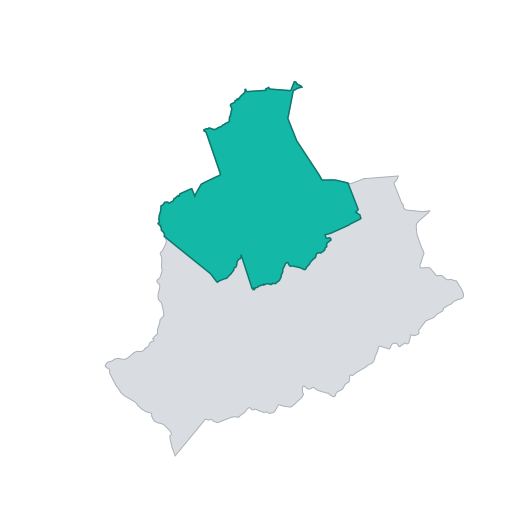 where Santa Cruz sits in Bolivia, rotated 249°
{"feature_id": "BOL-1940", "entity_name": "Santa Cruz", "entity_type": "Department", "adm_level": 1, "iso_a3": "BOL", "parent_name": "Bolivia", "parent_adm1": "", "projection": "mercator", "projection_center": [-61.708, -16.97], "detail": "fine", "context": "in_parent", "style": "filled", "palette": "teal", "viewbox_px": 512, "rotation_deg": 249, "n_neighbors": 0, "source": "natural_earth", "source_scale": "10m", "svg_char_len": 9704}
<svg xmlns="http://www.w3.org/2000/svg" viewBox="0 0 512 512"><g transform="rotate(249 256 256)"><path d="M100.6,289.0L99.9,282.7L98.8,281.2L97.2,280.1L96.6,278.9L97.2,277.5L100.4,274.9L102.1,274.5L102.5,273.1L108.3,265.7L110.1,264.2L112.1,263.1L113.0,262.3L112.5,259.6L112.7,257.7L113.4,256.6L117.3,254.4L117.7,254.0L117.5,253.3L115.8,251.9L112.3,250.7L110.0,250.8L107.9,248.8L103.3,237.6L102.5,235.0L102.6,234.0L105.6,228.4L109.0,224.0L108.6,223.0L104.9,218.7L103.7,216.6L104.1,212.1L106.3,210.7L107.4,206.7L108.3,206.0L110.4,203.3L113.2,200.8L113.4,197.7L114.3,196.9L116.7,195.9L116.9,195.2L116.4,193.1L115.2,191.0L114.2,189.9L112.9,184.7L111.6,182.0L113.1,179.6L114.0,177.0L114.3,173.9L114.1,160.4L117.0,157.1L118.5,156.4L119.8,155.3L119.7,153.1L121.8,150.3L98.4,108.9L107.6,109.0L117.5,110.5L119.2,111.4L119.6,112.8L120.7,113.4L123.4,113.1L131.6,109.5L132.7,108.4L135.6,104.4L137.8,102.3L139.9,101.5L144.0,101.2L145.3,101.8L147.0,101.7L148.4,99.5L150.6,97.0L155.0,93.9L157.2,93.1L158.5,92.0L160.9,91.8L163.0,90.7L172.9,82.9L177.0,80.9L181.6,80.0L185.1,78.9L194.0,77.9L199.7,77.4L201.5,78.5L203.6,78.2L205.3,76.4L206.8,75.9L207.8,75.9L209.4,78.0L210.1,80.2L209.6,81.8L209.7,84.3L210.4,87.5L210.0,90.3L206.8,95.5L206.5,97.0L206.7,99.1L207.7,102.6L209.5,107.3L209.7,110.8L208.5,113.1L207.9,115.1L208.0,116.7L208.5,117.9L209.2,118.6L209.7,119.9L209.8,121.9L210.8,123.8L212.8,125.7L213.6,127.4L213.2,129.1L213.3,130.2L213.9,130.6L215.2,129.8L215.8,129.9L217.2,132.3L218.2,134.7L218.4,136.2L222.7,137.7L228.4,142.3L230.9,143.6L233.4,148.6L237.7,149.8L246.0,151.0L249.9,149.4L252.5,149.7L255.2,150.8L261.5,155.1L264.0,155.8L265.8,154.7L267.5,154.3L268.8,154.8L270.1,158.4L274.9,162.4L276.7,163.6L278.7,163.5L287.5,167.2L289.8,167.5L292.1,167.3L293.6,168.0L294.2,170.2L298.2,174.6L300.0,176.3L302.2,177.8L307.8,177.8L309.5,178.2L320.9,176.8L325.1,178.8L335.8,184.9L338.0,188.9L338.4,191.1L337.8,193.3L336.9,194.1L336.6,195.6L337.0,197.7L338.7,199.6L340.2,206.0L341.2,207.3L341.9,220.0L333.8,220.3L335.2,221.5L342.7,230.6L344.4,252.1L387.3,253.7L388.4,253.7L391.5,252.5L392.3,252.5L392.2,258.1L389.1,262.5L388.9,263.9L389.3,269.6L390.4,274.3L391.0,278.5L392.3,279.8L396.0,282.0L401.6,286.1L403.9,286.6L405.8,286.1L406.9,287.8L407.1,290.5L412.2,302.8L413.1,304.5L414.6,305.4L414.3,306.0L413.1,306.3L412.5,307.2L407.0,324.7L408.4,324.8L408.8,328.3L407.1,328.6L406.6,329.3L397.9,347.7L405.0,354.3L404.3,355.4L400.8,356.4L398.9,359.0L397.2,359.4L397.7,354.8L397.2,350.8L396.7,349.8L372.8,335.0L348.8,335.3L309.5,343.9L303.1,345.0L298.9,356.4L289.5,370.5L289.5,384.6L279.7,417.5L277.2,415.4L275.4,412.3L274.9,410.9L274.6,410.8L252.9,411.0L251.8,411.7L250.2,411.7L249.1,411.0L248.0,411.1L246.4,411.7L245.0,412.9L237.4,428.0L236.3,433.4L235.9,434.3L234.6,432.4L230.7,421.4L228.5,417.4L226.1,416.1L218.4,414.0L204.6,413.6L200.3,414.0L198.0,413.7L195.7,411.5L190.5,407.5L189.5,406.2L187.5,405.4L186.3,405.3L185.6,406.1L183.6,412.4L182.5,414.1L175.3,416.7L173.4,417.0L172.4,418.5L172.0,420.6L171.1,422.5L166.1,425.3L165.0,426.5L164.4,429.3L160.8,434.2L150.7,436.1L147.4,436.1L145.1,435.8L142.9,434.2L142.6,431.5L143.0,428.7L142.8,424.8L141.0,420.3L141.2,418.9L140.9,416.7L140.0,412.5L137.7,410.4L136.8,403.9L134.8,400.1L134.6,391.2L128.3,381.3L125.7,380.6L125.1,380.0L124.8,378.6L125.0,374.9L127.0,372.4L120.2,367.6L119.8,366.4L119.8,365.4L121.7,363.5L120.5,361.1L120.6,359.0L119.8,358.1L119.9,357.4L120.7,356.8L124.0,356.1L125.0,353.9L125.1,352.1L124.6,350.8L121.5,347.6L121.4,347.1L127.6,339.1L127.4,338.4L126.8,337.7L123.5,335.3L119.8,331.6L117.3,329.7L115.3,327.8L114.4,326.2L114.1,321.9L112.8,317.6L111.1,307.3L109.7,303.4L111.2,301.4L111.1,300.9L105.3,297.9L104.2,293.2L100.6,289.0Z" fill="#d9dde1" stroke="#a8b0b8" stroke-width="1"/><path d="M405.0,354.3L404.5,355.1L404.1,355.5L403.5,355.8L402.9,355.6L402.4,355.6L402.2,355.7L402.2,355.9L402.0,356.2L401.7,356.3L401.4,356.4L400.8,356.6L400.0,357.8L399.1,358.2L398.7,358.8L398.3,359.0L397.2,359.4L397.2,358.7L397.6,357.2L397.6,356.7L397.6,355.5L397.7,354.9L397.6,354.0L397.1,352.4L397.1,351.5L397.2,350.6L397.1,350.2L396.8,349.9L374.9,336.2L373.4,335.1L372.9,335.0L348.9,335.3L309.5,343.9L303.6,344.8L303.2,345.0L303.0,345.3L299.5,354.9L298.2,357.7L296.4,360.4L291.2,368.0L263.1,368.1L262.8,368.0L262.6,367.9L262.4,367.6L261.6,365.6L261.2,365.1L260.9,364.8L260.7,364.9L260.5,365.1L260.0,365.8L259.7,366.1L259.3,366.2L258.5,366.4L258.3,366.6L258.1,366.8L257.7,367.4L257.5,367.6L257.4,367.7L257.2,367.7L256.9,367.7L255.7,367.5L254.1,367.5L253.5,367.4L253.1,366.2L252.0,354.9L251.7,354.1L251.6,353.8L250.5,334.6L250.5,332.9L251.1,328.3L250.9,327.9L249.3,328.0L248.7,328.0L248.0,327.8L247.7,327.8L247.4,328.0L247.1,328.6L246.8,330.6L246.7,331.0L246.5,331.3L246.3,331.6L245.9,331.8L245.5,331.9L245.1,331.9L244.6,331.9L244.2,331.7L243.9,331.5L243.8,331.2L243.8,330.9L242.7,327.1L242.5,326.9L242.0,326.7L241.7,326.4L241.5,326.1L241.2,325.8L240.8,325.7L240.1,325.7L239.7,325.6L239.4,325.4L239.2,325.1L239.0,324.0L238.6,323.4L238.1,323.0L237.5,322.7L237.0,322.3L236.8,321.9L236.6,321.2L236.5,320.8L236.1,320.1L236.0,319.8L236.1,318.5L236.0,318.2L235.8,317.9L235.5,317.6L235.9,316.8L236.6,316.0L236.7,315.8L236.7,315.6L236.5,315.2L236.5,314.7L236.5,313.6L236.5,313.2L236.2,313.0L235.6,312.7L235.3,312.5L234.9,312.0L234.5,311.7L234.2,311.6L233.7,311.4L233.4,311.1L233.2,310.8L233.1,310.5L233.2,309.9L233.1,309.7L232.8,309.4L232.7,309.3L232.8,308.8L232.8,308.5L232.7,308.3L232.3,307.9L231.9,307.2L231.6,306.1L231.2,305.4L230.6,304.7L230.3,304.0L230.1,303.7L229.9,303.5L229.5,303.3L229.3,303.1L229.0,302.6L228.5,301.3L227.6,299.6L227.2,299.1L226.1,297.8L225.9,297.6L225.8,297.0L225.9,296.3L226.3,295.8L226.9,295.3L229.1,293.2L229.6,292.5L233.8,286.3L233.9,285.8L233.9,285.1L233.9,284.9L234.0,284.5L234.2,284.4L235.2,283.7L235.5,283.6L236.2,283.6L236.5,283.6L237.1,283.5L237.3,283.4L237.6,283.5L238.5,283.4L238.7,282.9L238.8,282.4L238.7,281.9L238.5,281.5L238.3,280.8L238.1,280.6L238.0,280.4L236.8,279.4L234.5,276.8L233.7,276.1L233.4,276.0L232.7,275.8L231.2,274.9L230.8,274.6L229.2,272.8L228.9,272.6L228.6,272.5L228.1,272.3L227.4,271.9L225.0,269.3L224.6,268.6L224.0,266.4L224.0,265.9L223.9,265.7L223.8,265.4L223.4,264.9L223.2,264.7L223.3,264.3L223.6,263.8L223.7,263.2L224.6,261.6L224.7,261.4L224.6,261.2L224.2,261.0L224.0,260.8L223.9,260.4L224.0,259.9L224.1,259.5L224.4,259.1L224.6,258.8L225.2,258.4L225.5,258.1L225.6,257.3L226.5,255.3L226.5,255.0L226.5,254.7L226.2,254.4L226.2,254.1L226.2,253.9L226.7,253.1L226.1,253.1L226.1,252.7L226.7,252.0L226.7,251.4L226.7,251.0L226.7,250.5L226.9,249.9L226.7,249.4L226.7,248.9L226.9,248.4L227.1,248.0L226.9,247.6L226.4,246.9L226.3,246.3L226.3,245.4L226.4,245.2L226.5,245.0L226.5,244.8L226.5,244.5L226.4,243.9L226.1,243.4L225.7,243.0L225.3,242.6L225.6,242.4L226.0,242.4L226.3,242.5L226.7,242.6L226.7,242.2L226.6,241.9L226.0,241.3L226.7,241.3L227.0,241.3L227.2,240.7L261.6,242.5L262.2,242.5L262.2,242.4L261.7,242.2L260.8,241.9L260.5,241.8L260.2,241.6L259.5,240.9L259.3,240.5L259.1,240.0L259.1,239.6L259.1,238.9L259.0,238.6L258.9,238.4L258.3,237.6L258.0,237.0L257.7,236.6L257.5,236.4L256.5,235.9L256.2,235.7L255.4,235.0L255.1,234.9L254.8,234.9L254.5,234.8L254.2,234.6L253.0,233.3L252.8,233.0L252.7,231.7L252.5,231.3L252.2,230.9L251.9,230.7L251.2,230.4L250.9,230.2L250.7,230.0L248.0,225.7L247.0,223.0L246.1,221.7L246.0,221.2L245.7,219.9L245.8,219.3L246.0,218.9L246.1,218.4L246.1,217.6L246.0,216.2L245.9,213.1L245.3,210.5L246.6,209.9L255.6,207.3L293.3,185.4L307.4,177.3L307.5,177.3L308.2,178.0L308.5,178.1L309.7,178.4L310.9,178.3L312.0,177.9L313.8,176.9L314.2,177.0L314.6,177.1L315.5,177.3L316.1,177.6L316.4,177.8L316.6,177.8L317.2,177.6L319.0,177.6L319.4,176.9L319.8,176.7L320.9,176.5L321.0,176.4L321.3,176.2L321.6,176.2L321.8,176.4L321.8,177.5L322.3,178.1L323.5,178.3L324.7,178.4L325.6,178.5L326.1,179.0L326.3,179.1L328.1,179.9L332.0,183.0L332.9,183.5L333.5,183.6L333.7,183.8L333.9,184.1L334.0,184.3L336.2,184.9L336.7,185.1L336.9,185.6L336.9,186.4L337.1,187.1L337.3,187.8L337.6,188.4L337.8,188.6L338.3,189.1L338.3,189.5L338.8,189.9L338.9,190.1L338.9,190.3L338.7,190.8L338.3,192.1L338.1,192.7L337.6,193.1L337.0,193.2L336.8,193.4L336.6,193.7L336.5,194.4L336.5,195.0L336.6,195.3L336.9,195.9L336.9,196.6L336.9,197.4L336.9,198.1L337.2,198.6L338.6,199.8L338.8,200.2L339.2,201.9L340.0,203.8L340.2,205.0L339.4,205.2L339.8,206.1L341.1,207.0L341.4,207.6L342.0,219.9L341.8,220.2L333.8,220.3L335.2,221.5L342.2,230.0L342.6,230.6L342.8,231.2L344.0,244.8L344.3,250.8L344.8,252.0L345.6,252.2L389.2,253.8L389.8,253.7L390.3,253.4L390.5,253.2L390.9,252.5L391.1,252.4L392.2,252.4L392.5,252.6L392.6,255.3L392.5,255.7L391.9,256.2L391.9,256.7L392.4,257.7L392.1,258.6L389.4,261.6L389.0,262.5L388.8,263.4L388.9,264.6L389.4,266.6L389.5,267.7L389.5,267.9L389.2,268.4L389.2,268.6L389.2,269.0L389.4,270.3L389.9,271.2L390.1,271.6L390.2,273.6L390.3,274.0L390.6,274.5L390.7,275.1L390.8,277.5L390.9,278.5L391.4,279.4L392.4,279.9L393.2,280.0L393.5,280.1L393.7,280.3L394.2,280.6L394.4,280.8L395.1,281.0L395.3,281.1L395.6,281.5L396.0,282.4L396.4,282.7L397.4,282.9L397.7,283.1L398.4,283.9L398.7,284.1L399.6,284.5L400.0,284.7L401.1,285.7L401.9,286.0L402.8,286.2L403.8,286.3L404.6,286.1L405.2,286.0L405.6,286.0L406.2,286.3L406.6,286.7L406.8,287.3L406.9,288.0L406.9,288.6L406.9,289.1L406.9,290.1L407.0,290.6L407.2,291.1L407.5,291.5L407.8,291.8L408.2,292.1L408.6,292.2L408.4,293.1L408.5,293.4L408.9,294.0L409.3,294.7L409.3,295.2L408.4,295.3L410.9,299.5L412.2,302.9L413.1,304.5L414.2,305.1L414.7,305.1L415.1,305.2L415.4,305.5L415.3,306.1L413.5,306.1L413.0,306.2L412.7,306.5L407.1,324.6L408.1,324.7L408.4,324.9L408.5,325.5L408.6,327.1L408.8,328.3L407.3,328.4L406.9,328.7L401.1,341.0L398.1,347.3L398.3,348.1L405.0,354.3Z" fill="#14b8a6" stroke="#0f766e" stroke-width="1.5"/></g></svg>